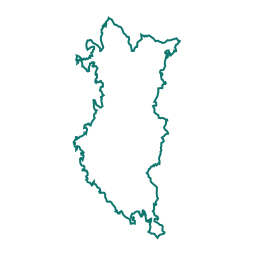 outline of Tatarstan, rotated 268°
{"feature_id": "RUS-2394", "entity_name": "Tatarstan", "entity_type": "Republic", "adm_level": 1, "iso_a3": "RUS", "parent_name": "Russia", "parent_adm1": "", "projection": "robinson", "projection_center": [50.981, 55.323], "detail": "fine", "context": "isolated", "style": "outline", "palette": "teal", "viewbox_px": 256, "rotation_deg": 268, "n_neighbors": 0, "source": "natural_earth", "source_scale": "10m", "svg_char_len": 5788}
<svg xmlns="http://www.w3.org/2000/svg" viewBox="0 0 256 256"><g transform="rotate(268 128 128)"><path d="M219.7,104.1L223.4,105.7L223.8,105.7L224.4,104.9L226.5,105.1L227.2,104.9L228.8,106.4L230.9,106.3L231.3,106.8L230.6,107.5L230.3,109.0L232.0,108.1L232.7,108.2L232.8,109.2L232.3,109.8L233.0,110.0L234.4,109.4L236.9,111.9L238.8,112.6L237.5,114.1L237.1,115.4L231.7,118.2L231.5,120.1L229.9,121.7L229.6,123.2L228.8,124.6L226.9,125.7L222.8,127.0L221.6,128.7L219.1,130.2L219.0,131.9L216.5,132.3L215.0,131.6L213.5,131.5L211.4,132.5L210.6,133.7L204.9,134.5L204.8,136.4L207.0,137.2L208.6,138.3L208.7,139.8L209.7,139.7L210.2,140.3L212.1,140.1L213.5,140.8L216.3,144.8L220.8,144.5L218.8,147.7L219.6,148.3L219.6,149.3L219.1,149.5L218.9,150.3L219.8,151.6L219.8,152.2L216.6,156.5L213.8,158.5L214.2,161.0L213.1,162.5L212.7,164.0L211.8,165.4L212.2,167.9L214.4,170.6L214.0,172.2L215.9,179.7L213.9,180.9L213.0,182.8L212.3,182.5L211.8,181.5L210.0,180.4L209.7,179.2L209.1,178.6L207.4,178.2L206.7,177.7L204.6,178.7L203.1,178.7L203.0,178.2L203.6,176.8L201.9,176.3L198.9,173.1L198.9,172.5L199.5,172.2L201.5,172.5L202.1,171.6L204.1,171.4L204.1,169.8L202.4,167.7L201.6,167.8L200.8,168.7L201.5,169.6L201.1,170.3L197.4,170.2L197.1,169.7L198.4,169.6L198.6,168.9L192.8,167.1L190.4,167.0L188.8,167.4L185.9,166.0L184.7,165.1L184.6,162.7L182.7,161.9L181.8,162.2L181.5,163.9L180.5,164.3L180.0,164.1L180.4,163.0L180.0,162.7L175.4,163.3L174.9,164.4L171.9,165.6L172.5,166.9L171.3,167.4L170.7,166.7L170.4,164.8L169.8,164.1L169.0,163.6L167.7,163.9L166.6,163.6L166.8,162.1L166.5,159.6L163.2,159.6L159.0,158.6L153.2,155.2L152.5,157.0L149.9,157.1L149.3,156.8L149.5,154.7L149.1,153.7L145.9,155.2L142.8,154.9L140.9,156.9L139.8,158.8L137.1,159.1L136.6,160.9L137.0,161.9L136.6,163.8L135.2,165.9L135.0,167.4L134.0,167.5L133.6,166.5L133.0,166.1L130.8,166.1L127.2,164.0L125.4,164.7L123.7,166.7L121.3,168.0L120.8,167.7L121.0,166.8L120.0,165.0L118.7,163.8L117.2,161.5L116.5,161.7L115.9,162.6L113.7,163.3L113.1,163.0L111.8,160.8L108.4,160.6L106.9,160.1L104.4,160.6L103.3,159.7L101.1,159.7L96.9,157.9L92.7,158.4L90.9,158.1L91.6,156.9L89.7,155.3L90.9,154.1L89.0,152.6L89.8,152.0L88.9,151.1L88.4,149.6L86.6,148.6L86.1,147.4L84.1,146.8L82.3,145.1L80.7,146.8L78.6,146.7L77.0,148.8L74.6,148.7L73.1,149.2L67.7,154.9L61.7,154.4L58.2,154.7L56.4,155.5L52.7,152.8L50.7,153.6L50.0,153.0L51.0,151.2L45.7,151.3L43.9,149.9L42.6,151.1L40.6,151.2L39.4,152.3L38.4,154.4L36.2,155.0L35.3,154.2L36.5,152.8L36.3,151.7L35.4,151.2L33.8,151.3L32.0,154.6L30.2,156.3L29.7,158.3L28.1,159.3L24.5,158.7L23.4,159.5L22.4,160.9L21.2,160.3L20.2,156.3L19.0,154.8L17.2,153.6L21.4,150.6L21.7,147.3L22.8,146.3L23.5,144.8L25.2,146.2L28.3,147.0L31.1,146.5L33.4,147.4L33.1,146.2L33.8,144.4L35.1,147.8L36.6,148.0L36.6,147.6L35.5,146.5L34.6,143.4L34.8,142.9L39.7,142.4L41.4,141.7L42.5,139.6L41.4,139.5L41.2,138.6L40.6,138.5L40.1,138.7L40.0,139.3L39.1,138.6L39.0,138.0L42.5,136.2L43.8,136.4L44.4,134.3L43.6,132.2L42.1,130.6L42.2,129.1L39.4,127.8L38.6,127.8L37.7,129.0L38.7,130.3L38.4,130.7L37.6,130.6L36.1,129.3L35.7,129.5L35.6,130.7L35.0,131.6L32.2,131.5L32.7,129.2L32.1,127.8L32.2,127.4L36.6,126.7L39.2,122.3L41.2,120.4L44.9,118.9L45.2,118.3L44.3,117.3L44.1,116.5L42.9,116.6L42.9,115.1L44.2,114.3L44.9,113.0L45.3,113.9L45.9,114.1L46.7,112.8L49.3,112.3L52.4,109.8L54.3,108.8L55.3,107.1L54.8,105.5L55.4,104.3L57.9,103.7L59.9,102.7L62.3,102.9L63.9,102.2L64.2,101.7L64.2,97.6L64.4,97.3L65.5,97.0L65.7,97.8L66.2,98.2L68.5,97.6L69.9,95.2L72.6,93.9L73.8,91.9L75.6,92.0L74.3,90.9L72.7,90.8L71.9,89.8L74.5,88.3L75.2,86.0L77.8,84.4L78.4,85.8L79.5,85.6L80.3,84.6L81.2,84.5L82.4,86.0L84.8,86.1L85.4,85.3L86.5,85.4L86.8,85.1L87.2,81.1L88.2,81.2L88.2,82.6L88.6,83.1L91.2,83.0L91.9,81.9L92.1,80.3L94.6,79.1L98.8,79.0L99.5,79.6L99.6,80.3L97.6,81.5L100.9,82.6L101.9,82.6L102.5,82.0L102.9,80.6L104.4,80.2L104.6,80.9L103.8,82.1L104.9,82.8L106.2,81.9L107.9,79.8L111.0,78.6L111.6,76.7L108.4,76.1L107.8,75.4L110.5,75.6L111.6,74.0L113.1,73.9L113.7,74.5L114.8,74.6L115.5,74.1L115.1,73.3L115.7,73.2L118.1,74.8L118.6,76.6L119.2,76.6L119.9,75.6L120.7,75.6L120.7,76.3L119.7,78.3L121.1,79.8L121.2,81.1L122.6,83.5L123.3,84.2L125.0,84.3L124.9,85.0L123.7,85.9L128.3,87.1L129.9,86.0L129.5,84.1L132.2,84.7L132.9,85.9L132.7,86.8L133.9,88.5L133.7,89.0L132.4,89.4L131.8,90.7L135.4,92.1L139.1,95.1L140.7,94.4L142.9,94.7L143.3,94.9L143.9,96.3L145.8,96.5L146.7,97.4L147.4,95.6L148.5,95.1L150.5,94.5L152.7,94.8L157.0,94.4L157.2,95.0L156.5,96.0L152.6,97.0L152.0,97.5L150.7,99.6L149.4,100.6L149.6,101.9L150.7,103.3L156.7,102.2L158.5,102.9L159.3,102.0L160.0,102.1L161.5,104.8L162.9,103.6L165.7,102.6L166.3,101.4L167.0,101.2L167.9,101.9L169.6,102.1L170.3,103.1L170.0,103.9L170.2,104.4L173.6,104.4L174.6,102.8L175.9,102.6L176.1,102.2L174.9,100.7L174.7,99.5L174.9,99.0L175.9,98.4L176.0,97.7L174.8,98.2L174.2,97.7L175.3,96.9L178.1,97.5L179.2,98.7L180.1,98.9L183.0,98.7L183.1,98.4L182.4,97.6L183.1,97.3L185.6,97.9L188.9,99.6L191.0,98.0L190.5,95.4L190.8,94.9L191.3,94.7L191.6,95.4L193.0,96.4L194.5,96.5L195.0,95.5L193.9,94.9L194.7,94.0L193.7,93.0L193.8,92.3L191.6,91.8L190.3,91.0L186.4,91.2L185.9,89.9L186.7,88.8L188.1,88.8L188.4,87.8L191.2,85.2L191.1,84.5L194.6,84.5L196.7,83.7L198.2,82.1L197.9,81.5L194.7,80.2L194.2,79.5L197.1,80.0L197.7,79.7L197.4,78.8L197.9,78.6L201.0,79.5L202.2,79.3L201.4,81.3L197.8,85.4L198.9,86.4L197.9,87.9L198.9,88.9L198.3,90.2L199.7,91.5L199.5,92.6L201.1,92.1L201.7,92.6L201.8,93.2L201.1,94.5L201.2,94.9L204.3,93.9L205.5,95.6L207.0,95.7L208.0,96.9L210.3,96.9L210.5,96.2L210.2,94.0L207.7,90.3L209.7,89.5L213.0,89.2L216.5,90.4L216.9,90.7L216.7,92.2L217.4,93.1L216.9,94.5L214.7,95.6L211.6,100.4L208.8,102.8L205.9,102.9L206.0,103.5L209.0,106.0L209.7,106.1L216.6,104.0L219.7,104.1ZM42.5,142.0L44.0,141.5L45.2,140.1L44.7,139.7L44.3,139.9L42.5,142.0Z" fill="none" stroke="#0f766e" stroke-width="2"/></g></svg>